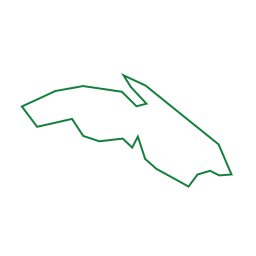 the state/province of Saint Thomas, rotated 6°
{"feature_id": "VIR-4868", "entity_name": "Saint Thomas", "entity_type": "state/province", "adm_level": 1, "iso_a3": "VIR", "parent_name": "United States Virgin Islands", "parent_adm1": "", "projection": "natural_earth1", "projection_center": [-64.931, 18.346], "detail": "fine", "context": "isolated", "style": "outline", "palette": "green", "viewbox_px": 256, "rotation_deg": 6, "n_neighbors": 0, "source": "natural_earth", "source_scale": "10m", "svg_char_len": 464}
<svg xmlns="http://www.w3.org/2000/svg" viewBox="0 0 256 256"><g transform="rotate(6 128 128)"><path d="M202.0,167.0L194.3,179.9L160.4,165.6L148.3,157.0L138.7,135.5L134.2,147.0L123.9,139.1L100.9,144.2L84.3,140.6L71.4,124.8L37.5,136.3L20.2,117.7L51.9,98.8L78.9,91.0L118.1,92.6L134.2,105.5L143.8,101.9L126.4,86.8L118.1,76.1L141.1,84.0L180.8,109.7L219.8,134.8L235.8,163.4L223.7,165.6L214.1,162.0L202.0,167.0Z" fill="none" stroke="#15803d" stroke-width="2"/></g></svg>